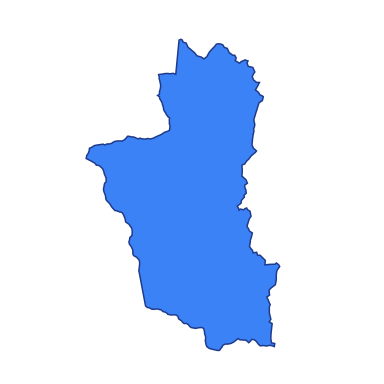 Paranhos, Mato Grosso do Sul, Brazil, rotated 191°
{"feature_id": "56859067B31129416768882", "entity_name": "Paranhos", "entity_type": "district", "adm_level": 2, "iso_a3": "BRA", "parent_name": "Brazil", "parent_adm1": "Mato Grosso do Sul", "projection": "mercator", "projection_center": [-55.352, -23.726], "detail": "fine", "context": "isolated", "style": "filled", "palette": "blue", "viewbox_px": 384, "rotation_deg": 191, "n_neighbors": 0, "source": "geoboundaries", "source_scale": "gbopen_adm2", "svg_char_len": 4494}
<svg xmlns="http://www.w3.org/2000/svg" viewBox="0 0 384 384"><g transform="rotate(191 192 192)"><path d="M81.7,56.0L81.9,59.1L85.2,59.1L86.7,63.3L87.4,68.0L87.7,71.7L88.2,78.1L91.4,79.2L90.3,82.2L91.3,84.3L92.1,86.0L93.0,88.1L94.2,94.0L93.7,96.2L95.6,99.0L96.7,100.8L98.6,103.1L96.2,105.5L97.6,110.3L96.2,112.7L92.5,116.9L92.5,121.9L93.5,127.0L93.7,131.0L92.7,133.3L91.7,135.5L93.1,137.2L95.7,138.4L96.6,137.0L101.5,135.9L106.5,134.4L107.0,138.9L113.1,142.9L115.6,142.5L117.1,145.2L120.4,143.9L121.5,146.3L123.4,147.7L125.2,149.6L125.2,153.9L125.5,155.7L125.1,159.3L124.9,163.3L128.0,164.5L129.6,166.8L131.5,168.8L131.0,173.3L130.6,176.8L129.4,179.4L130.5,182.1L131.5,184.3L134.3,185.3L135.2,186.7L136.8,185.9L138.1,184.3L141.2,184.5L142.4,183.1L143.0,184.6L144.9,186.8L141.7,190.3L141.9,193.2L139.6,197.0L140.3,198.9L138.5,201.1L139.5,204.3L141.3,207.1L141.5,208.8L139.3,211.2L141.3,214.3L146.1,217.2L146.3,219.6L146.9,223.6L147.7,226.2L148.0,228.0L145.5,229.7L144.5,232.4L142.4,235.4L140.8,238.7L138.6,241.5L137.5,242.7L136.5,244.6L138.6,245.9L139.9,246.5L142.2,249.9L142.3,251.8L142.7,255.9L142.9,259.3L142.8,263.6L143.5,265.6L143.1,268.6L143.3,270.6L144.3,272.5L145.1,275.1L144.9,277.2L144.6,279.5L144.5,281.4L144.1,284.4L143.9,286.6L143.6,289.3L143.2,292.4L141.8,293.8L140.4,295.1L140.2,297.6L140.3,299.3L141.8,299.9L143.9,300.4L145.4,302.1L146.6,303.0L149.2,304.3L148.2,307.3L146.7,312.4L149.6,311.9L153.0,313.8L154.9,316.8L154.3,319.4L153.2,321.8L156.1,325.9L160.8,326.1L162.6,329.1L162.0,331.3L165.1,331.8L166.4,330.9L168.5,329.5L169.9,327.5L174.6,329.2L174.2,331.9L176.1,334.4L178.1,334.0L180.6,335.3L182.0,335.8L184.8,339.7L187.9,340.1L189.5,342.1L191.5,342.7L193.7,342.7L196.3,341.8L197.4,339.4L199.5,336.3L201.6,332.8L203.3,327.6L205.7,324.9L208.5,326.2L213.0,326.6L216.1,329.2L221.3,332.2L223.4,333.2L226.2,337.1L227.9,337.2L229.7,337.6L230.3,339.2L232.1,339.8L233.7,338.6L230.4,304.5L233.2,304.9L235.6,304.0L238.5,303.7L240.8,303.2L242.6,302.6L243.8,301.9L245.4,301.6L247.2,300.9L246.2,298.9L245.8,296.8L244.8,294.9L243.9,292.7L243.2,291.1L242.9,289.1L242.8,286.9L243.1,284.5L242.6,281.7L244.2,280.2L242.1,279.2L241.4,277.3L239.7,275.5L238.1,273.4L237.5,271.8L236.4,270.0L235.5,267.4L234.5,266.0L233.1,264.7L231.9,263.1L229.8,261.2L228.2,260.6L228.1,258.5L227.6,256.7L227.3,254.8L226.1,252.5L225.9,248.3L227.7,246.8L229.3,246.0L230.7,245.1L232.4,243.3L234.5,241.6L236.4,240.4L238.3,239.0L240.4,237.4L243.0,236.1L245.3,236.1L246.8,235.6L248.4,234.9L251.1,234.7L253.5,234.9L254.7,233.9L256.8,234.2L259.6,234.9L262.2,234.5L264.3,234.7L265.9,234.4L266.9,232.4L268.5,230.1L270.4,228.7L272.3,228.4L274.1,228.1L276.9,227.2L278.9,225.9L280.0,224.6L282.3,223.4L284.7,222.9L286.6,221.5L288.5,222.0L290.3,221.3L292.5,220.6L294.6,219.8L296.2,219.2L297.4,218.3L299.5,216.3L301.0,215.4L300.8,212.7L301.2,210.3L302.3,207.6L302.3,204.7L299.9,204.0L297.4,203.3L295.1,202.5L292.9,201.8L291.0,200.1L288.4,200.3L286.4,199.2L284.2,197.8L282.6,195.5L281.5,193.0L280.1,191.0L279.1,189.5L278.7,187.9L278.2,185.8L279.4,183.9L279.5,182.1L279.4,180.3L279.5,178.7L279.1,176.6L277.9,174.5L276.7,172.7L275.9,171.0L275.4,169.0L274.3,167.4L272.6,166.3L271.2,165.2L269.7,164.0L268.3,162.3L266.1,160.5L264.1,159.1L262.5,159.2L260.8,158.9L259.2,158.6L257.3,158.7L255.9,157.7L254.4,155.9L253.4,154.2L252.3,152.5L251.5,150.0L249.1,148.9L247.5,148.2L246.4,147.0L244.8,145.5L243.6,143.7L243.0,141.0L242.6,138.0L244.3,135.5L244.2,132.8L244.4,130.9L243.4,128.7L241.8,127.4L240.4,125.6L239.1,123.9L238.5,121.1L237.8,119.1L236.4,118.1L234.5,117.6L233.0,116.8L231.2,115.4L230.3,113.8L229.8,112.2L229.5,109.6L229.3,106.8L229.2,104.8L215.9,71.4L213.9,70.1L211.9,70.2L210.4,69.7L208.9,69.3L207.0,69.6L203.5,70.7L201.7,70.4L199.6,70.4L197.8,69.1L195.8,69.0L194.3,68.7L192.3,67.3L189.0,67.3L186.2,68.0L184.0,68.2L182.1,67.3L181.0,65.0L179.7,64.3L178.0,63.8L176.2,62.1L174.6,61.4L172.7,61.9L170.2,61.1L168.5,59.5L166.8,58.8L164.6,58.8L162.7,58.8L160.5,59.6L158.8,60.3L156.9,60.8L154.9,60.5L153.7,58.9L153.1,57.0L152.3,54.7L151.3,53.1L150.7,51.2L150.6,48.6L149.7,46.6L149.1,44.9L147.9,43.0L145.1,41.7L142.1,41.5L139.2,41.4L136.7,41.3L134.7,41.8L134.1,43.5L133.0,45.3L132.5,47.4L130.3,49.1L128.4,49.4L126.7,50.0L124.8,50.8L123.3,52.0L122.1,53.0L120.5,54.9L118.8,56.9L116.7,56.0L114.9,56.4L112.8,56.5L111.3,56.9L109.7,56.3L107.6,54.9L106.3,56.5L105.2,58.7L103.3,58.9L101.3,58.3L99.1,56.5L97.5,55.0L95.5,54.0L93.7,54.6L92.3,55.0L89.5,55.0L86.5,56.3L84.2,56.4L81.7,56.0Z" fill="#3b82f6" stroke="#1e3a8a" stroke-width="1.5"/></g></svg>